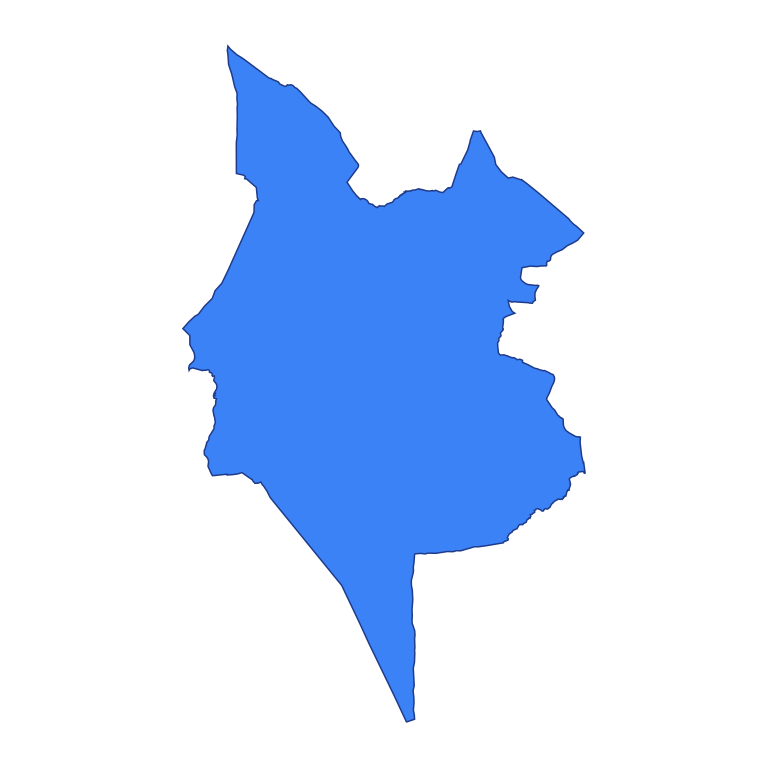 Monduli, Arusha, United Republic of Tanzania (orthographic projection)
{"feature_id": "72390352B11439822404473", "entity_name": "Monduli", "entity_type": "district", "adm_level": 2, "iso_a3": "TZA", "parent_name": "United Republic of Tanzania", "parent_adm1": "Arusha", "projection": "orthographic", "projection_center": [36.288, -3.452], "detail": "fine", "context": "isolated", "style": "filled", "palette": "blue", "viewbox_px": 768, "rotation_deg": 0, "n_neighbors": 0, "source": "geoboundaries", "source_scale": "gbopen_adm2", "svg_char_len": 6091}
<svg xmlns="http://www.w3.org/2000/svg" viewBox="0 0 768 768"><path d="M583.7,233.0L577.1,226.8L573.5,224.1L569.8,220.4L569.2,219.2L539.0,193.4L526.9,183.6L521.7,179.7L521.6,180.0L512.8,177.1L508.3,178.1L501.4,171.9L495.8,164.6L494.3,157.1L480.8,132.2L480.5,130.9L477.2,131.5L473.5,131.0L470.3,140.0L470.0,142.1L467.6,150.2L460.9,164.0L459.4,164.4L456.1,173.8L451.8,187.1L449.9,187.7L449.4,188.3L448.3,187.7L447.2,188.5L443.0,192.5L439.9,192.1L436.8,190.7L435.4,190.3L434.3,190.8L433.1,191.0L432.4,190.5L429.5,191.1L426.2,190.7L421.0,189.3L419.7,189.5L419.3,188.9L418.3,188.9L415.1,190.0L412.6,190.1L411.3,190.6L410.9,191.1L409.7,190.8L408.4,191.3L407.3,191.1L406.8,191.4L406.0,190.9L405.5,191.1L405.8,192.0L405.6,192.2L404.3,192.0L404.6,192.9L403.5,193.2L403.2,193.8L402.4,193.8L401.6,195.0L401.2,194.7L400.0,195.4L399.7,195.9L399.9,196.2L399.2,196.9L398.8,196.8L397.9,198.0L395.6,198.7L393.8,200.0L393.5,201.0L392.3,202.3L387.0,204.0L384.4,206.4L383.4,206.0L380.8,206.1L379.5,205.7L378.3,206.4L377.5,207.6L374.8,206.4L372.3,204.2L371.5,204.3L368.8,203.4L367.9,201.5L366.5,200.0L364.9,199.1L363.8,198.7L361.2,198.7L360.5,199.5L356.5,195.6L352.8,191.0L347.0,182.2L357.9,167.6L358.5,165.9L358.4,164.4L355.1,160.2L349.1,152.0L347.3,148.3L342.3,140.7L340.7,136.5L340.2,132.7L334.0,126.1L328.1,117.1L322.0,111.1L315.6,106.1L311.1,103.3L309.5,101.9L300.8,92.3L296.8,88.4L295.0,87.6L292.9,85.5L291.5,84.9L290.1,84.8L289.3,85.2L287.4,84.8L285.8,86.4L284.7,86.3L279.8,84.0L278.4,82.0L277.5,81.5L272.8,79.6L270.7,78.3L270.1,78.5L269.2,78.2L243.6,59.0L236.8,54.7L230.4,49.1L227.9,46.1L227.3,51.0L227.8,53.0L228.6,64.5L231.8,74.3L234.7,86.9L236.8,92.5L237.1,94.3L236.9,98.5L237.5,104.3L237.1,107.2L237.3,115.8L237.0,130.1L237.2,135.1L236.3,142.6L236.4,173.5L243.4,175.1L245.3,176.4L244.7,178.7L246.6,179.0L256.3,187.4L257.4,198.3L258.3,200.5L256.5,200.7L254.2,204.6L254.0,212.5L228.5,269.4L221.8,283.3L215.1,290.7L212.3,298.4L204.4,306.3L198.2,314.4L194.9,316.2L188.9,321.8L182.9,328.6L189.8,335.5L189.9,344.8L194.1,352.7L194.6,355.5L194.7,357.7L194.4,359.3L193.4,361.3L189.8,364.7L189.3,365.6L188.7,367.9L189.1,370.3L189.8,369.0L191.9,368.1L192.9,368.0L202.6,370.6L203.7,370.2L205.9,370.3L207.8,369.7L208.9,370.0L209.3,370.4L209.5,372.2L210.2,372.6L211.4,372.7L211.8,373.3L212.3,374.2L212.0,375.3L212.6,376.3L214.2,375.9L214.5,377.1L213.7,380.6L216.2,383.7L217.0,386.3L216.6,389.0L214.7,392.1L215.5,393.5L215.3,393.7L214.0,393.5L214.2,394.2L213.8,394.6L214.9,395.5L213.7,395.7L213.4,396.0L214.1,398.2L215.6,398.3L216.5,398.8L215.9,400.3L215.6,404.8L213.7,407.4L213.0,410.2L213.8,415.0L214.7,417.9L215.3,422.8L214.0,426.1L214.1,428.6L209.2,436.5L208.6,440.1L206.6,442.7L206.6,443.5L205.1,448.7L204.2,450.7L204.4,454.7L206.7,457.0L208.0,459.0L208.6,461.5L208.0,466.3L211.5,474.2L212.5,475.7L227.0,474.2L227.1,475.0L232.7,474.6L237.9,473.9L241.9,472.6L252.0,479.6L252.3,479.5L252.6,480.6L254.9,483.3L258.1,483.2L260.8,482.0L262.5,485.0L263.3,485.6L266.9,491.0L270.3,497.7L341.7,585.4L360.0,623.9L369.1,643.8L394.2,695.7L406.4,721.8L406.8,721.9L414.6,719.2L414.3,714.8L413.4,710.2L414.0,702.7L413.8,697.0L413.1,690.8L414.2,685.6L413.3,668.3L414.5,662.2L414.8,653.4L414.6,649.7L414.9,648.0L414.6,638.3L415.0,635.5L414.7,630.7L412.2,623.4L412.0,620.7L412.3,616.0L412.0,609.8L412.8,599.8L412.3,590.0L411.4,585.4L411.3,580.4L413.2,572.9L413.5,570.8L413.3,567.3L414.0,562.5L414.6,554.3L415.2,553.8L420.7,553.4L425.2,553.9L428.1,553.1L436.0,553.3L447.5,551.5L452.0,551.7L454.0,551.5L456.2,550.7L460.7,550.8L474.3,546.8L478.5,546.8L487.6,545.5L503.4,542.8L503.9,541.8L504.7,541.2L505.7,541.1L508.1,540.0L508.3,538.8L507.2,537.6L509.4,533.7L512.0,532.2L512.6,531.0L514.1,529.9L517.0,528.7L519.1,524.9L519.8,524.6L520.9,524.7L521.4,524.3L522.5,524.7L523.1,524.3L523.8,523.3L524.8,523.0L526.4,522.0L526.6,520.5L527.5,519.5L528.2,519.1L528.7,518.1L529.9,518.4L530.8,516.3L530.3,514.7L532.2,514.2L532.9,513.3L534.5,512.5L534.8,512.0L534.3,510.5L535.7,509.9L536.1,508.9L537.8,508.7L540.4,509.7L542.0,511.0L542.9,511.1L543.6,510.7L543.8,509.8L545.2,508.7L547.5,509.1L549.9,507.3L551.5,504.1L552.4,503.5L553.9,501.8L555.6,500.5L557.2,499.9L558.1,499.0L559.8,499.4L561.4,499.3L561.7,499.0L562.2,499.3L562.4,498.8L563.2,498.5L563.4,497.1L564.0,497.2L564.0,496.6L564.8,496.0L565.5,496.2L566.0,495.9L566.0,494.6L566.5,493.8L566.6,492.1L567.5,491.1L567.7,490.0L568.9,490.3L569.3,489.8L569.2,488.6L570.4,485.2L570.5,483.8L570.0,483.3L570.2,482.5L569.3,479.2L569.7,478.3L571.9,476.7L574.2,476.3L574.1,475.9L575.4,475.8L576.5,475.0L577.2,474.6L577.4,473.7L578.0,473.5L577.8,472.4L578.8,472.0L582.8,471.5L584.3,471.7L583.9,472.7L584.6,473.3L585.1,473.0L583.7,462.6L583.3,462.9L581.6,455.8L580.1,442.4L580.4,437.2L579.5,436.8L577.5,436.9L575.2,436.3L569.2,432.9L565.8,430.4L564.6,428.4L563.5,425.8L563.1,419.0L561.2,417.7L560.4,417.7L559.7,416.6L557.9,415.3L554.6,410.0L552.1,407.7L546.7,399.6L546.8,397.9L549.4,392.9L551.8,386.4L553.8,382.4L554.4,380.3L554.6,379.1L554.3,376.9L553.1,374.6L550.2,373.5L549.6,372.9L545.1,370.8L544.1,370.5L542.9,370.8L542.1,370.3L539.9,369.9L537.9,369.0L534.1,368.0L527.6,364.5L522.6,362.4L522.5,360.3L520.4,359.4L519.3,359.3L517.1,359.7L515.9,358.7L514.3,357.8L511.8,357.6L509.5,356.8L508.9,356.8L507.6,355.8L506.2,355.7L504.1,354.8L500.4,355.1L498.5,353.1L497.8,347.2L497.6,343.0L498.9,340.7L498.8,338.2L500.7,336.4L501.0,335.3L500.4,333.4L500.9,332.5L502.5,330.7L502.5,330.2L503.0,330.1L503.3,328.8L502.8,328.3L502.7,327.1L503.4,322.1L503.4,319.6L503.1,319.5L503.4,318.6L504.1,317.8L506.6,316.3L514.8,313.2L512.2,311.5L509.3,306.3L508.2,300.4L511.3,302.0L513.2,302.0L514.5,301.5L515.6,301.9L528.2,302.7L529.9,303.1L532.5,303.2L533.3,301.6L535.4,300.2L534.9,296.5L535.0,293.0L536.4,289.7L538.8,285.9L537.7,285.3L535.0,285.4L527.8,284.5L525.6,283.6L522.5,281.3L520.8,279.3L520.5,277.1L522.0,267.7L530.4,266.1L536.2,266.5L538.7,266.4L539.9,266.0L546.1,265.9L546.7,265.4L546.6,263.0L547.1,261.4L548.9,261.1L550.0,260.4L550.5,259.5L550.7,257.4L551.1,255.9L552.4,254.4L556.7,252.0L562.3,249.6L567.1,245.8L573.0,242.9L577.6,240.2L583.7,233.0Z" fill="#3b82f6" stroke="#1e3a8a" stroke-width="1.5"/></svg>